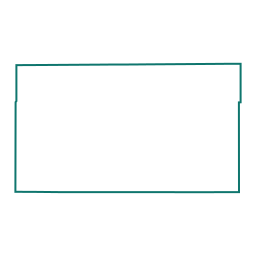 Texas, Oklahoma, United States of America
{"feature_id": "52423323B37973065471626", "entity_name": "Texas", "entity_type": "district", "adm_level": 2, "iso_a3": "USA", "parent_name": "United States of America", "parent_adm1": "Oklahoma", "projection": "natural_earth1", "projection_center": [-101.473, 36.749], "detail": "fine", "context": "isolated", "style": "outline", "palette": "teal", "viewbox_px": 256, "rotation_deg": 0, "n_neighbors": 0, "source": "geoboundaries", "source_scale": "gbopen_adm2", "svg_char_len": 606}
<svg xmlns="http://www.w3.org/2000/svg" viewBox="0 0 256 256"><path d="M211.8,192.2L218.6,192.1L220.1,192.1L234.2,192.1L239.0,192.1L238.9,102.4L240.6,102.3L240.6,63.8L230.0,63.8L226.7,63.8L218.2,63.9L215.5,63.9L185.5,64.1L185.2,64.1L155.2,64.3L154.8,64.3L151.0,64.3L143.6,64.4L143.4,64.4L128.8,64.5L121.8,64.5L114.4,64.5L105.0,64.6L104.8,64.6L42.5,65.0L22.2,65.1L16.4,65.1L16.4,101.1L15.6,102.1L15.4,191.8L36.5,191.9L58.0,192.1L66.0,192.1L67.0,192.1L67.3,192.1L67.6,192.1L67.8,192.1L82.4,192.1L84.6,192.1L93.9,192.1L94.7,192.1L100.1,192.1L211.8,192.2Z" fill="none" stroke="#0f766e" stroke-width="2"/></svg>